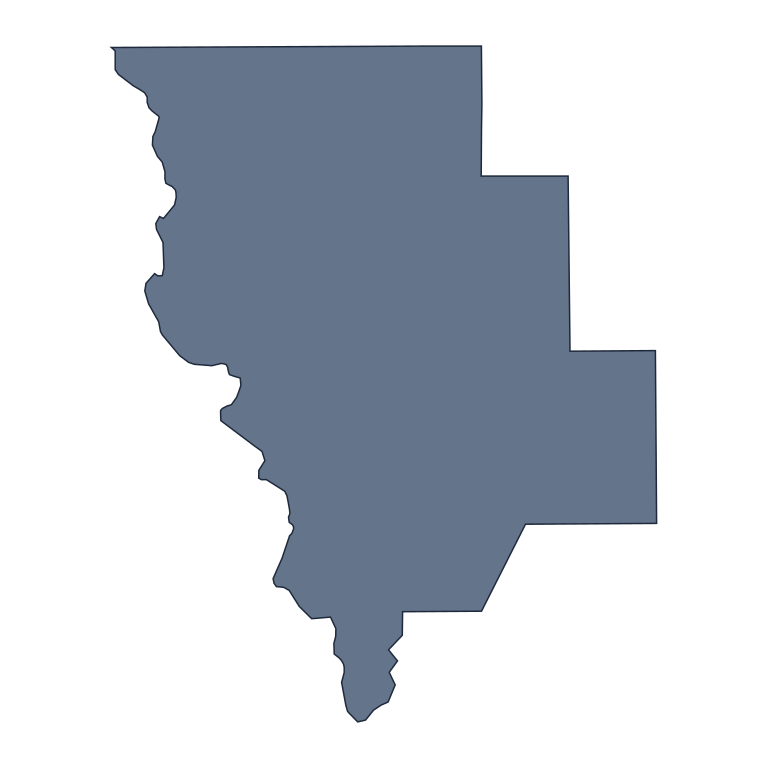 the district of Sabine, Louisiana, United States of America
{"feature_id": "52423323B1560312281680", "entity_name": "Sabine", "entity_type": "district", "adm_level": 2, "iso_a3": "USA", "parent_name": "United States of America", "parent_adm1": "Louisiana", "projection": "orthographic", "projection_center": [-93.696, 31.506], "detail": "fine", "context": "isolated", "style": "filled", "palette": "slate", "viewbox_px": 768, "rotation_deg": 0, "n_neighbors": 0, "source": "geoboundaries", "source_scale": "gbopen_adm2", "svg_char_len": 1729}
<svg xmlns="http://www.w3.org/2000/svg" viewBox="0 0 768 768"><path d="M481.4,46.1L422.8,46.1L111.4,47.5L115.2,50.9L115.2,69.7L118.5,74.5L133.3,85.8L139.3,89.3L144.6,92.7L147.2,97.1L147.2,102.5L149.1,107.9L152.0,110.9L155.1,113.4L158.5,116.0L159.2,117.6L155.2,131.7L152.9,136.5L152.4,145.1L157.5,156.5L162.2,162.0L165.0,171.8L164.9,178.9L165.9,183.3L169.6,185.3L172.1,186.5L175.4,190.0L176.0,192.9L176.2,197.5L174.5,205.0L163.5,218.4L159.6,216.6L155.8,223.6L156.5,229.4L163.0,242.5L163.9,267.7L163.9,267.8L162.3,275.6L157.9,275.9L154.6,273.6L146.0,283.3L144.8,291.0L148.6,303.8L158.7,321.8L160.5,331.6L162.4,335.0L179.7,355.7L188.5,362.3L194.3,364.3L211.9,365.7L217.2,364.4L218.9,364.1L220.6,363.5L223.2,363.7L226.1,364.5L227.6,367.1L228.0,369.6L228.7,372.6L229.5,374.6L234.5,376.4L240.2,378.0L240.9,385.5L238.4,392.7L236.6,397.4L231.3,404.8L227.3,405.9L224.2,407.5L222.3,408.5L220.6,410.5L220.6,414.1L220.9,420.7L254.8,446.2L262.0,451.4L264.9,460.7L258.9,470.2L258.7,478.1L261.5,479.7L266.3,479.6L284.8,491.3L286.9,495.6L288.1,501.7L289.5,509.5L289.9,513.7L288.5,517.0L289.2,522.3L292.5,524.8L293.5,526.8L293.6,528.7L292.8,531.0L291.8,533.5L289.6,535.7L282.1,558.1L273.1,578.6L274.0,583.2L276.4,586.6L283.7,587.3L289.2,590.4L299.3,606.5L311.7,618.7L330.5,617.1L335.9,628.7L335.7,636.4L333.9,643.4L334.2,654.0L339.5,658.2L341.5,660.6L343.4,663.7L344.2,667.1L344.2,672.5L341.6,682.4L345.8,705.1L347.6,711.4L348.9,712.9L357.7,721.9L365.5,720.1L373.7,710.0L381.1,705.1L388.1,702.0L395.2,684.9L389.2,672.3L397.5,660.9L388.5,649.8L402.3,635.3L402.6,611.7L481.5,611.2L525.5,524.2L656.6,523.4L655.4,350.6L570.0,351.2L568.1,176.1L481.2,176.1L481.5,129.2L481.9,103.9L481.4,46.1Z" fill="#64748b" stroke="#1e293b" stroke-width="1.5"/></svg>